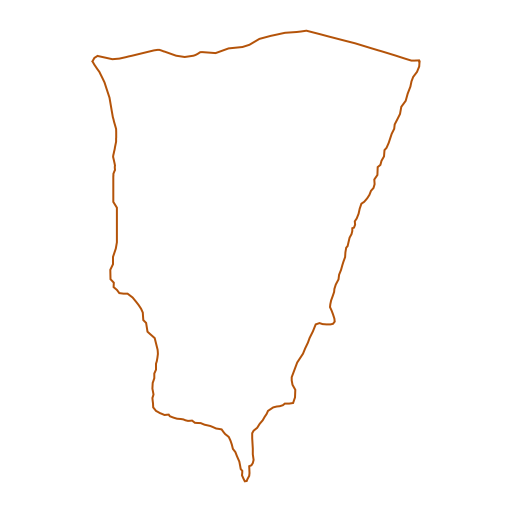 the district of Abassiya, South Kordufan, Sudan
{"feature_id": "16777658B19857105557319", "entity_name": "Abassiya", "entity_type": "district", "adm_level": 2, "iso_a3": "SDN", "parent_name": "Sudan", "parent_adm1": "South Kordufan", "projection": "robinson", "projection_center": [31.282, 12.232], "detail": "fine", "context": "isolated", "style": "outline", "palette": "amber", "viewbox_px": 512, "rotation_deg": 0, "n_neighbors": 0, "source": "geoboundaries", "source_scale": "gbopen_adm2", "svg_char_len": 3713}
<svg xmlns="http://www.w3.org/2000/svg" viewBox="0 0 512 512"><path d="M419.0,60.4L416.5,60.5L414.4,60.6L411.5,60.6L411.4,60.6L405.2,58.7L395.0,55.4L390.1,53.9L388.5,53.4L381.3,51.2L378.1,50.3L370.8,48.1L355.1,43.3L344.5,40.6L327.5,36.2L321.2,34.5L318.9,33.9L306.4,30.7L301.0,31.5L296.7,32.0L285.0,32.8L280.3,33.8L278.1,34.3L270.6,35.9L259.4,38.9L249.4,44.8L242.5,47.0L228.6,48.4L215.6,53.1L202.2,52.1L200.2,52.2L197.6,53.9L195.5,55.0L193.5,55.7L186.8,56.7L184.7,57.0L176.1,55.7L164.6,51.6L164.4,51.5L164.0,51.5L161.1,50.4L159.5,49.9L157.3,49.9L153.9,50.4L147.3,52.0L131.7,55.8L128.8,56.4L125.7,57.2L119.4,58.6L112.4,59.2L100.1,56.5L98.2,56.1L97.6,55.9L94.4,57.9L92.6,61.1L92.4,61.4L92.5,61.5L93.1,62.5L94.3,64.6L97.2,68.9L99.4,71.9L100.5,74.2L102.2,77.6L104.5,82.4L106.6,88.9L109.5,97.7L111.7,110.6L112.7,116.3L112.8,117.0L113.5,119.4L114.0,121.6L115.1,125.4L116.0,128.6L116.1,128.9L116.2,132.1L116.2,137.3L116.2,137.6L116.1,138.3L116.1,141.7L114.9,147.6L114.8,148.5L114.4,150.4L114.2,151.1L113.7,153.5L113.3,155.1L113.1,156.7L113.1,156.9L113.9,160.3L114.7,164.0L114.8,164.7L115.0,165.4L114.8,166.8L114.8,167.7L115.0,170.0L114.7,170.6L114.3,171.5L113.4,173.8L113.4,175.9L113.3,176.0L113.3,176.7L113.3,201.9L116.9,207.7L116.9,242.3L115.8,248.6L113.0,256.9L113.0,264.2L110.3,269.8L110.5,279.2L113.8,282.7L113.6,287.1L116.9,289.9L119.3,293.1L123.8,293.7L127.6,293.7L130.1,295.6L132.6,297.5L136.2,301.9L138.6,305.0L141.1,308.8L142.8,312.6L143.0,316.0L143.3,320.1L146.1,322.9L147.5,331.7L149.8,333.8L154.7,338.1L157.6,349.7L157.8,351.9L157.9,354.0L157.4,357.8L156.8,361.2L156.0,363.7L156.0,367.0L156.0,369.7L154.3,373.5L154.3,375.9L154.3,378.2L153.4,380.9L152.7,382.9L152.4,388.6L153.1,392.3L153.5,394.5L153.0,396.2L152.4,398.0L152.7,401.0L153.0,403.3L153.1,405.5L153.2,407.4L154.9,409.5L156.0,410.9L158.4,412.2L159.9,413.1L161.5,413.7L162.9,414.3L164.5,415.0L166.4,414.8L168.7,414.6L169.8,416.2L172.3,417.2L173.7,417.7L177.0,418.7L179.4,418.9L180.8,419.0L183.3,419.4L185.5,420.3L188.0,420.9L189.9,420.8L192.1,420.6L194.9,422.8L197.8,423.0L200.7,423.1L204.5,424.7L207.7,425.4L210.3,426.0L213.0,427.1L216.1,428.5L218.8,428.9L221.6,429.4L223.7,432.3L225.2,434.1L227.0,435.5L228.8,437.0L230.5,440.7L231.8,444.5L232.9,448.9L235.4,452.1L236.8,455.8L238.1,458.8L239.3,461.5L240.1,465.6L240.7,469.0L242.3,470.9L242.2,473.4L242.0,475.3L243.4,478.5L244.8,481.3L246.7,481.0L247.3,479.4L249.2,475.9L249.5,473.1L249.2,466.2L251.4,465.3L252.8,463.1L253.6,459.9L252.8,454.3L252.8,448.6L252.2,438.2L252.2,433.2L253.6,430.7L257.2,427.8L259.7,423.8L262.7,420.3L264.7,416.8L266.6,414.0L268.0,410.9L273.2,407.4L276.8,406.5L279.8,406.2L282.9,405.2L284.8,403.6L289.2,403.6L293.1,403.0L295.0,397.4L295.3,389.8L292.5,384.8L291.7,380.4L291.7,377.2L293.1,373.5L295.0,368.4L297.2,362.5L299.9,358.4L303.0,353.7L305.2,348.3L307.9,342.7L309.6,338.0L312.9,331.4L315.7,324.4L319.5,323.1L322.6,324.1L326.4,324.4L330.5,324.4L333.0,323.8L334.7,321.6L334.4,318.7L333.0,314.3L331.6,310.6L330.0,307.1L330.3,304.3L331.1,300.5L332.7,296.1L334.1,292.0L334.4,288.9L335.8,284.5L338.5,279.4L339.1,274.7L341.0,270.0L342.4,265.0L343.5,261.5L345.1,257.1L345.4,252.4L346.2,247.7L347.6,246.1L348.7,241.4L349.6,237.6L351.5,234.2L352.3,231.0L352.3,228.2L354.0,227.6L355.1,224.7L354.8,221.3L356.7,218.5L358.6,213.7L359.7,208.7L361.4,203.7L364.2,201.8L367.2,198.3L369.4,194.9L371.0,190.8L373.5,188.0L374.6,184.2L374.3,179.5L377.4,175.0L377.7,167.1L380.4,164.9L381.5,160.8L384.0,156.4L384.5,150.1L386.5,147.9L388.7,142.9L391.7,133.8L394.2,128.8L394.7,124.4L397.5,119.0L400.0,114.0L401.3,106.8L405.7,100.8L407.7,93.6L410.4,86.6L411.5,81.3L413.2,76.9L417.0,71.9L419.2,66.5L419.4,63.5L419.6,61.5L419.1,61.5L419.0,60.4Z" fill="none" stroke="#b45309" stroke-width="2"/></svg>